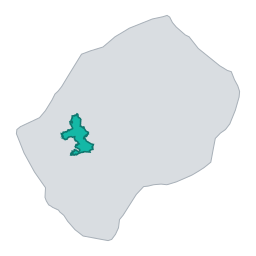 Kubake, Maseru, Lesotho (highlighted)
{"feature_id": "5366337B67565393962303", "entity_name": "Kubake", "entity_type": "district", "adm_level": 2, "iso_a3": "LSO", "parent_name": "Lesotho", "parent_adm1": "Maseru", "projection": "orthographic", "projection_center": [27.695, -29.673], "detail": "fine", "context": "in_parent", "style": "filled", "palette": "teal", "viewbox_px": 256, "rotation_deg": 0, "n_neighbors": 0, "source": "geoboundaries", "source_scale": "gbopen_adm2", "svg_char_len": 6064}
<svg xmlns="http://www.w3.org/2000/svg" viewBox="0 0 256 256"><path d="M176.3,181.9L167.8,184.5L166.6,184.7L161.1,184.1L153.8,184.7L148.1,186.1L143.6,186.6L136.3,194.4L123.1,215.2L119.5,219.6L118.5,227.8L115.5,234.3L111.7,239.4L108.1,240.6L97.1,238.6L83.1,236.0L75.0,229.7L67.7,221.3L63.8,215.3L59.8,212.0L58.5,210.1L52.7,207.4L50.6,205.9L48.7,204.9L46.3,200.9L45.0,197.4L45.5,187.7L41.4,181.9L34.5,172.0L30.1,164.0L24.0,152.9L20.3,143.5L16.4,133.7L16.9,129.5L20.5,126.6L31.2,121.6L39.5,117.7L45.4,110.7L51.9,100.2L55.0,94.0L58.1,91.1L61.6,86.7L67.6,76.8L74.3,65.9L81.5,54.2L90.6,50.8L103.0,47.0L115.0,36.8L129.3,28.2L152.3,19.0L163.0,16.7L167.1,15.4L169.7,17.1L172.4,22.5L176.2,27.0L185.2,34.9L189.1,36.8L198.3,48.5L208.2,56.5L219.6,65.7L227.3,70.4L231.3,71.7L234.5,79.8L237.8,85.9L239.6,91.5L239.1,97.0L235.3,110.3L229.8,123.9L225.5,129.5L220.4,133.1L215.3,138.4L213.2,149.3L210.8,162.2L204.2,167.5L199.0,170.9L191.9,175.1L176.3,181.9Z" fill="#d9dde1" stroke="#a8b0b8" stroke-width="1"/><path d="M91.9,149.7L92.0,149.5L92.5,149.1L92.9,149.2L92.7,148.4L92.8,148.2L92.5,148.1L92.6,147.6L92.2,147.3L92.0,147.0L92.1,146.8L92.3,146.4L92.5,146.3L92.7,146.1L92.9,146.1L93.4,144.5L92.8,144.5L92.5,144.4L92.2,144.1L91.7,144.1L90.9,143.8L90.4,143.4L89.9,143.2L89.5,142.9L88.7,142.5L88.5,142.3L88.4,142.3L88.3,142.1L88.0,142.1L87.8,142.0L87.6,141.8L86.4,141.1L86.1,140.7L85.8,139.7L85.3,139.2L85.0,138.5L84.6,138.3L84.6,138.2L84.4,138.2L84.2,138.6L83.9,138.8L83.6,138.4L83.6,138.2L83.8,137.9L84.3,137.9L84.0,137.3L84.1,137.2L84.4,137.0L84.8,137.0L85.0,136.9L85.0,136.7L84.6,136.3L84.9,136.1L85.1,136.0L85.2,136.4L85.4,136.5L85.8,136.2L86.0,136.0L86.3,136.0L86.5,136.3L86.6,136.2L86.1,135.5L86.1,135.0L86.2,134.8L86.4,134.8L86.8,134.9L86.8,135.4L87.1,135.5L87.2,135.4L87.3,134.9L87.5,134.6L87.7,134.1L87.8,133.7L87.7,133.6L87.8,133.5L88.1,133.9L88.2,134.0L88.4,133.9L88.1,133.4L88.2,133.0L88.1,132.8L88.4,132.6L88.4,132.3L87.7,132.0L87.3,131.7L86.8,131.6L86.1,131.2L85.7,130.6L85.4,130.5L85.0,129.5L84.2,128.5L84.0,128.1L83.6,127.8L83.4,127.9L83.4,127.6L83.5,127.5L83.8,127.4L84.0,127.5L84.1,127.4L84.0,127.1L83.7,127.1L83.4,126.9L83.2,126.9L82.7,127.3L82.4,127.2L82.2,127.0L81.6,126.9L81.2,126.4L80.7,126.4L80.2,126.2L80.3,125.8L80.5,125.6L80.6,125.4L80.4,124.7L80.4,124.2L80.5,123.8L80.6,123.2L80.5,121.7L80.7,121.4L80.5,120.8L80.7,120.1L80.9,119.9L80.8,119.7L80.7,119.3L80.3,118.6L79.4,117.8L78.9,117.8L78.6,117.5L78.4,117.0L78.2,116.8L78.1,116.6L77.9,116.6L78.0,116.0L78.0,115.2L77.9,114.5L77.6,114.1L77.0,113.8L76.8,114.2L76.6,114.3L76.1,115.0L76.2,115.4L76.1,115.5L75.9,115.3L75.6,115.4L75.3,115.2L75.2,115.3L75.2,115.5L74.8,115.6L74.5,115.4L74.1,116.0L73.3,115.7L72.8,115.9L73.0,116.0L72.3,115.9L72.2,116.2L72.2,116.6L72.1,117.1L72.4,117.3L72.4,118.0L72.0,118.0L71.6,119.3L71.2,120.0L71.1,120.5L71.4,121.0L71.5,121.1L71.4,121.5L71.6,121.6L71.8,121.4L72.1,121.4L71.8,122.1L72.1,122.0L72.4,122.2L72.3,122.5L72.3,122.9L72.1,123.0L71.6,122.6L70.9,122.2L70.5,121.4L70.4,121.5L70.3,121.4L70.2,121.4L70.1,121.5L69.9,121.7L70.2,122.1L70.1,122.4L70.0,123.0L70.4,123.6L70.4,124.3L70.8,124.5L70.9,124.9L71.5,125.1L71.6,125.5L71.5,125.8L71.6,126.3L72.1,127.0L72.4,127.5L72.7,128.1L72.5,128.3L72.5,128.7L71.7,129.1L71.4,129.1L71.2,129.4L70.9,129.5L70.7,129.6L70.4,129.5L70.1,129.8L69.7,129.9L69.6,130.1L69.4,130.3L69.2,130.4L69.1,130.6L68.7,130.4L68.6,129.9L68.4,129.8L68.2,129.8L67.8,130.1L67.7,131.0L67.4,131.3L67.1,131.3L67.0,131.6L66.8,131.8L66.7,131.7L66.6,131.8L66.5,131.7L66.0,131.8L65.3,131.7L64.7,132.3L64.4,132.3L63.8,132.1L63.2,132.2L63.2,132.4L63.3,132.8L63.0,132.9L63.0,133.0L63.0,133.3L63.2,133.9L63.0,133.7L62.5,133.8L62.3,133.5L62.0,133.7L61.4,133.6L61.7,134.2L61.7,134.4L61.6,134.5L61.9,134.7L62.0,134.8L61.8,135.1L62.2,135.4L62.5,135.5L62.8,135.7L62.9,135.9L62.8,136.1L62.5,136.2L62.1,136.6L62.3,136.6L62.5,137.1L63.0,137.0L62.9,137.4L63.1,137.7L62.9,137.9L63.1,137.9L63.2,138.0L63.3,138.4L63.6,138.3L64.1,138.6L64.1,138.8L64.3,139.1L64.8,139.1L65.0,139.4L65.1,139.2L65.7,139.4L66.0,139.3L66.5,139.3L66.5,139.2L66.8,139.1L67.0,138.9L67.3,138.9L67.5,138.0L68.0,137.8L68.3,137.4L68.6,137.3L68.9,136.9L69.4,137.0L69.7,136.8L71.2,136.6L71.5,136.6L72.5,137.3L73.2,137.0L73.5,137.0L73.8,136.9L74.3,136.7L74.5,136.6L74.8,136.6L74.6,137.4L74.4,137.9L74.6,138.2L74.6,138.3L74.3,138.7L74.3,138.8L75.1,139.6L75.0,139.9L75.1,140.5L75.4,140.7L75.5,140.9L75.8,140.8L75.9,140.6L76.0,140.6L76.2,140.8L76.8,141.2L77.3,141.7L77.8,141.9L78.0,142.9L78.3,143.0L78.6,143.2L79.1,143.8L78.7,143.9L78.5,143.7L78.3,143.4L78.2,143.5L78.3,143.6L78.0,144.5L77.5,144.6L77.4,144.4L77.2,144.4L77.1,144.5L77.5,145.0L77.4,145.2L77.3,145.3L76.5,145.4L76.5,145.2L76.7,144.8L76.7,144.6L76.3,144.4L76.0,144.5L75.9,145.0L75.6,145.5L75.6,145.9L75.6,146.1L75.3,146.5L75.2,146.6L75.7,147.3L75.7,147.6L76.4,147.6L77.1,147.8L78.3,148.6L79.6,149.3L79.7,150.0L79.9,150.2L79.4,151.0L78.9,151.5L78.4,151.5L77.5,151.2L77.1,151.0L76.9,150.6L76.5,150.2L75.8,150.2L75.6,150.3L75.4,150.0L74.9,149.9L74.5,149.6L74.4,149.6L74.1,150.1L74.3,150.9L74.3,151.1L74.2,151.3L73.2,151.5L72.3,151.1L72.1,151.1L72.1,151.3L72.4,151.9L72.9,152.3L72.9,153.2L72.6,153.5L72.4,153.5L72.0,153.3L71.8,152.9L71.5,152.8L71.3,152.8L70.9,153.4L71.0,153.8L70.7,154.1L70.9,154.6L70.7,155.0L71.1,155.1L71.4,155.0L71.6,155.1L72.0,154.9L72.0,154.7L72.1,154.8L72.3,154.7L72.6,154.9L73.2,154.5L73.3,154.8L73.5,155.0L73.7,154.9L73.8,154.7L74.3,155.0L74.5,154.6L74.9,154.7L75.5,154.4L75.7,154.2L75.8,154.3L75.8,154.6L76.1,154.9L76.6,154.3L76.8,154.4L77.2,154.3L77.3,154.4L77.7,154.1L77.7,153.9L78.0,153.7L78.3,153.4L78.5,153.5L78.8,153.3L78.9,153.1L79.1,153.2L79.3,153.0L79.5,153.1L80.0,153.0L80.4,152.7L80.7,152.7L81.0,152.4L81.3,152.3L81.6,152.3L81.8,152.4L82.2,152.3L82.5,152.4L82.8,152.2L83.3,152.2L83.3,151.8L83.4,151.7L84.3,151.8L84.4,151.7L84.7,151.7L84.8,151.6L85.5,151.7L86.2,151.9L87.1,151.8L87.8,151.9L88.0,152.0L89.3,152.0L90.1,152.1L90.0,151.8L89.8,151.5L89.4,151.2L89.4,150.9L89.6,150.8L89.7,150.6L90.3,150.3L90.4,150.0L90.8,149.9L91.0,149.7L91.3,149.7L91.6,149.6L91.9,149.7Z" fill="#14b8a6" stroke="#0f766e" stroke-width="1.5"/></svg>